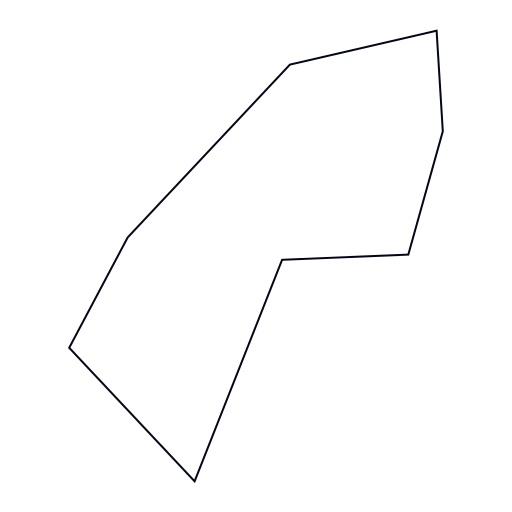 the District of North Side
{"feature_id": "AIA-5119", "entity_name": "North Side", "entity_type": "District", "adm_level": 1, "iso_a3": "AIA", "parent_name": "Anguilla", "parent_adm1": "", "projection": "equal_earth", "projection_center": [-63.042, 18.253], "detail": "fine", "context": "isolated", "style": "outline", "palette": "ink", "viewbox_px": 512, "rotation_deg": 0, "n_neighbors": 0, "source": "natural_earth", "source_scale": "10m", "svg_char_len": 231}
<svg xmlns="http://www.w3.org/2000/svg" viewBox="0 0 512 512"><path d="M69.2,347.8L127.7,237.4L289.9,64.6L436.6,30.7L442.8,131.3L408.3,254.6L282.1,259.8L194.6,481.3L69.2,347.8Z" fill="none" stroke="#020617" stroke-width="2"/></svg>